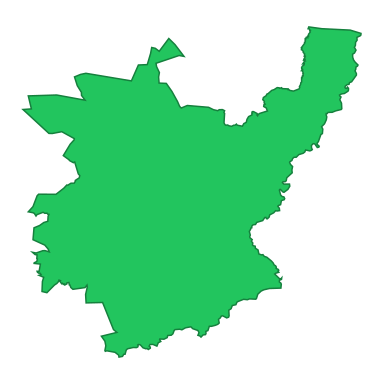 outline of Cadereyta de Montes, Querétaro, Mexico
{"feature_id": "50627088B20540299912317", "entity_name": "Cadereyta de Montes", "entity_type": "district", "adm_level": 2, "iso_a3": "MEX", "parent_name": "Mexico", "parent_adm1": "Querétaro", "projection": "mercator", "projection_center": [-99.561, 20.791], "detail": "fine", "context": "isolated", "style": "filled", "palette": "green", "viewbox_px": 384, "rotation_deg": 0, "n_neighbors": 0, "source": "geoboundaries", "source_scale": "gbopen_adm2", "svg_char_len": 5881}
<svg xmlns="http://www.w3.org/2000/svg" viewBox="0 0 384 384"><path d="M361.0,33.4L350.2,30.1L321.9,28.7L308.8,26.9L308.1,28.7L309.2,28.8L309.6,29.9L310.4,30.3L309.8,31.0L310.3,32.0L308.5,34.3L308.5,36.3L307.8,36.0L307.3,36.5L307.7,37.7L306.2,37.5L306.1,38.2L305.3,38.5L305.7,39.2L305.0,40.0L305.4,40.8L305.2,41.9L304.5,42.3L304.7,43.2L301.3,47.8L301.9,48.1L301.4,49.7L302.2,50.1L303.4,51.6L303.2,52.4L304.7,54.0L304.3,55.1L305.2,56.1L304.4,56.7L305.0,57.0L304.7,58.5L304.1,58.7L303.6,60.1L304.9,59.9L304.6,60.6L305.1,61.0L304.5,61.2L302.8,63.8L304.3,63.5L304.1,64.8L302.3,66.2L301.6,67.6L301.7,68.6L302.3,69.0L302.0,69.6L302.6,70.0L301.7,70.7L302.4,70.8L303.3,73.3L302.9,73.5L303.2,75.4L302.5,75.8L302.7,76.4L302.2,76.6L302.2,77.7L301.6,77.8L301.6,82.1L300.9,82.6L300.5,84.7L299.4,86.6L299.7,87.4L299.1,88.9L293.4,91.1L289.4,90.3L289.0,89.6L288.0,89.6L288.1,88.9L282.1,88.6L281.6,87.7L279.6,88.3L279.2,87.8L277.2,87.6L274.1,89.6L271.7,90.4L268.0,93.7L267.0,94.0L266.0,95.8L263.4,97.5L262.8,99.7L264.4,101.3L264.1,102.8L265.1,104.2L264.0,104.6L263.7,106.5L266.2,107.9L267.4,111.0L259.7,113.4L258.3,114.3L257.6,115.8L256.9,115.0L257.5,114.6L257.1,113.5L253.5,111.6L252.4,111.6L251.9,112.2L252.3,113.3L251.9,113.5L251.9,115.0L248.6,116.6L247.0,119.3L246.2,122.4L243.8,123.6L242.4,126.2L237.2,125.2L236.4,124.1L235.0,125.2L233.7,125.2L231.7,126.3L229.0,125.8L227.7,125.0L225.7,125.2L224.9,124.6L224.0,122.8L224.6,113.4L223.9,112.6L224.6,110.7L222.5,109.6L219.2,109.7L217.8,110.7L213.5,109.7L208.6,107.3L187.3,105.5L181.3,108.0L179.7,106.5L177.5,101.5L171.9,91.4L166.3,83.4L159.1,83.1L158.6,77.0L159.4,72.6L156.6,66.7L156.0,63.3L179.1,55.5L184.0,56.4L175.0,44.6L168.8,38.5L159.2,51.3L155.3,48.3L151.7,47.5L150.6,53.4L147.3,64.6L138.4,65.0L131.4,80.9L85.9,73.3L80.6,74.4L74.5,76.9L77.3,85.7L81.4,92.3L81.5,95.4L85.1,100.2L56.7,95.0L28.3,95.9L31.4,108.9L23.0,109.5L48.9,133.4L52.2,133.5L61.8,131.7L74.3,138.6L74.1,139.9L70.2,144.2L63.3,155.6L69.2,159.9L69.4,160.5L73.4,162.7L74.7,162.0L78.3,173.9L79.8,175.6L79.2,177.9L75.3,180.4L75.4,181.1L74.2,183.2L71.0,183.2L67.8,185.2L66.8,185.0L63.8,188.2L56.0,194.3L38.6,194.2L37.1,195.8L33.0,206.6L28.3,211.8L33.3,212.8L34.4,213.5L36.0,216.0L37.0,214.6L43.1,212.3L44.8,213.3L47.1,213.2L47.9,214.3L48.9,214.4L48.1,216.3L47.8,221.3L43.8,222.5L39.6,225.5L34.0,227.8L33.0,239.7L44.8,245.1L48.1,249.0L49.3,251.9L44.9,250.6L42.8,250.7L36.1,253.0L32.5,252.3L35.1,254.6L37.1,254.9L36.8,258.6L37.4,258.9L36.8,261.5L34.2,262.8L34.1,263.4L40.4,264.1L39.1,271.3L37.1,271.3L37.5,272.3L38.8,273.2L40.1,273.2L41.1,274.6L39.0,275.3L43.7,277.3L42.4,281.5L42.0,291.5L46.9,292.7L54.5,285.0L56.8,283.5L58.4,281.7L59.0,280.1L60.5,280.7L60.0,281.5L61.7,283.8L62.5,283.3L63.3,284.4L64.1,283.9L64.8,285.0L66.8,283.9L66.5,283.3L67.1,282.8L68.9,282.5L69.3,284.9L69.8,284.9L70.9,287.6L72.9,289.3L85.0,287.6L87.0,285.1L87.3,287.0L85.6,294.5L86.1,302.9L102.6,302.5L113.5,329.6L116.9,332.4L101.4,336.2L104.9,341.2L105.8,345.8L104.9,350.5L105.3,351.3L106.8,350.8L115.0,352.3L118.6,355.1L119.0,357.1L122.5,356.4L123.7,354.3L125.1,354.2L126.2,350.1L127.5,348.8L133.2,347.5L136.6,347.6L137.9,346.8L138.1,345.7L137.7,345.0L138.3,344.5L140.3,344.8L143.0,347.8L145.9,348.8L147.1,348.5L148.3,349.5L150.3,348.2L150.3,347.1L149.1,346.2L150.0,344.5L152.9,344.4L156.9,346.1L158.3,342.7L160.8,341.5L159.6,339.7L159.8,339.0L164.0,339.2L167.2,337.6L167.7,335.5L171.3,335.2L172.9,333.8L174.2,330.4L175.0,329.6L179.7,329.2L181.9,329.8L185.5,327.8L190.8,326.8L192.8,328.7L197.9,330.5L199.0,332.6L197.9,335.3L199.8,335.9L201.0,337.1L203.1,334.9L205.5,334.6L206.0,333.5L205.8,331.4L207.9,330.6L209.3,326.3L211.5,326.3L215.4,325.3L217.8,324.3L219.2,323.0L218.5,319.3L220.3,317.9L221.3,316.1L222.7,315.8L226.7,317.9L228.6,317.2L229.1,315.8L228.8,310.2L231.1,308.7L232.3,305.5L235.9,304.7L236.9,302.2L237.8,301.6L243.6,299.3L247.4,299.7L249.5,298.9L255.8,299.2L256.5,298.4L257.8,294.2L261.1,291.1L263.8,289.8L269.4,288.5L280.9,288.1L281.3,284.2L280.8,283.0L279.4,282.1L279.3,281.1L279.6,280.2L281.5,279.4L281.7,277.9L281.0,278.7L279.6,278.8L274.7,274.0L276.0,273.1L278.8,272.3L277.9,271.2L278.7,270.5L278.4,269.5L276.1,268.4L276.3,267.1L275.7,265.9L274.1,264.9L273.2,263.0L271.4,261.0L266.8,257.2L264.3,256.4L262.9,254.6L261.7,254.9L258.9,254.0L258.0,249.9L255.4,248.3L255.2,246.2L253.2,245.7L252.5,245.0L252.8,243.0L251.4,241.2L252.2,239.6L250.0,237.8L249.7,236.7L250.3,235.1L249.3,231.4L250.6,229.3L250.8,228.1L251.8,227.8L251.8,226.1L253.1,224.8L255.5,224.5L256.7,222.4L262.7,220.6L264.8,217.5L265.9,217.4L266.5,218.7L267.4,218.8L269.2,217.0L269.7,214.9L273.7,212.8L275.6,210.7L277.1,211.0L279.6,210.6L279.3,208.2L277.8,206.3L278.4,205.5L280.6,204.7L281.4,200.6L284.2,199.7L284.7,198.6L283.9,196.9L282.1,196.5L280.7,195.1L279.4,190.3L279.6,189.5L280.4,189.4L282.8,191.9L284.0,192.3L287.9,189.4L289.8,186.2L289.5,184.1L283.8,184.1L282.4,182.7L283.0,181.7L285.1,181.7L286.2,180.8L286.8,177.7L292.2,172.8L291.9,169.9L292.6,166.6L290.5,164.4L289.6,162.5L289.8,161.8L291.9,160.5L292.6,158.6L294.0,157.3L296.3,157.2L298.8,154.6L303.1,153.3L304.8,152.0L305.6,150.0L309.9,150.9L311.7,150.2L312.3,149.4L311.6,148.2L311.4,145.5L313.1,143.7L314.7,143.8L317.3,147.5L318.8,147.2L319.2,146.2L317.2,144.4L317.1,143.2L318.4,141.6L320.9,134.5L322.4,133.6L322.8,129.1L321.6,126.7L324.5,123.8L326.3,119.8L326.8,116.9L326.1,114.9L326.2,113.6L327.0,113.7L328.1,112.4L332.2,112.3L335.6,110.9L341.2,109.5L341.8,108.8L341.5,103.2L339.8,99.7L341.0,97.0L339.7,95.9L339.5,95.0L341.6,93.9L344.4,93.5L348.0,91.2L348.5,90.0L348.5,88.3L347.4,87.1L346.8,88.3L345.6,88.3L345.0,87.6L345.2,86.2L347.2,84.6L349.0,84.3L349.5,82.6L351.6,81.8L356.4,75.1L356.4,73.6L355.0,70.8L355.7,69.5L356.0,67.0L357.5,66.1L358.0,65.0L355.1,62.1L353.6,60.0L352.7,57.2L352.6,54.2L354.5,53.0L356.0,50.1L354.4,47.4L355.4,45.5L355.6,42.3L357.1,40.2L356.9,37.4L360.4,35.7L360.9,35.0L361.0,33.4Z" fill="#22c55e" stroke="#15803d" stroke-width="1.5"/></svg>